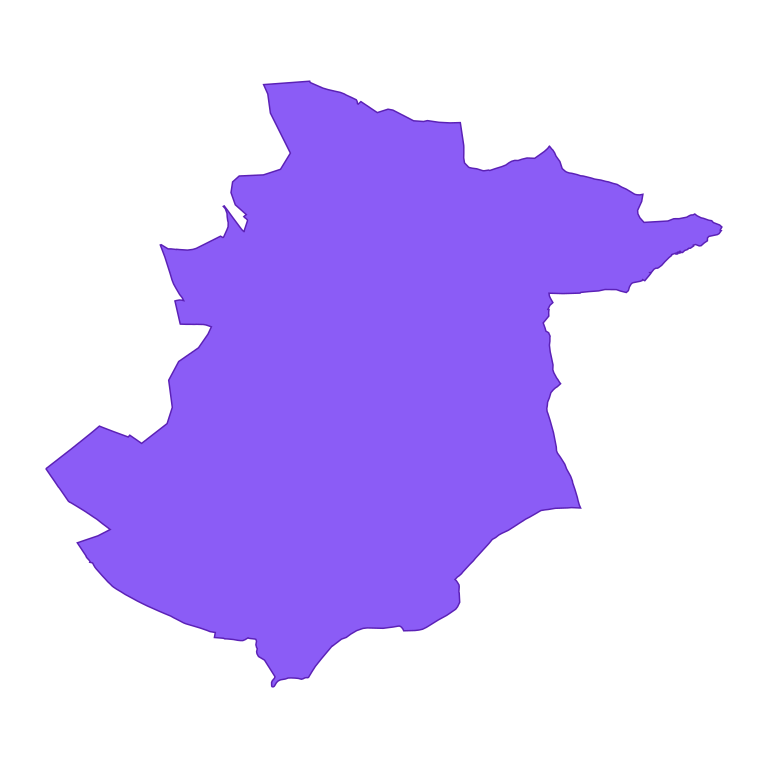 Ciugud, Alba, Romania (Robinson projection)
{"feature_id": "2599482B73619995262158", "entity_name": "Ciugud", "entity_type": "district", "adm_level": 2, "iso_a3": "ROU", "parent_name": "Romania", "parent_adm1": "Alba", "projection": "robinson", "projection_center": [23.641, 46.062], "detail": "fine", "context": "isolated", "style": "filled", "palette": "violet", "viewbox_px": 768, "rotation_deg": 0, "n_neighbors": 0, "source": "geoboundaries", "source_scale": "gbopen_adm2", "svg_char_len": 6059}
<svg xmlns="http://www.w3.org/2000/svg" viewBox="0 0 768 768"><path d="M457.3,582.1L456.3,580.7L455.0,579.5L457.5,576.9L458.9,576.0L461.5,573.7L462.9,571.9L470.0,564.2L473.4,560.8L475.4,558.3L489.1,543.3L492.3,539.4L495.7,537.5L498.8,535.0L501.7,533.4L508.5,530.2L525.7,519.1L529.8,517.0L541.0,510.5L545.3,509.8L548.2,509.5L555.3,508.3L567.8,507.9L571.5,507.6L580.6,508.0L579.3,505.0L578.0,500.4L577.3,497.3L574.9,489.3L572.7,482.9L572.4,481.0L570.6,476.2L566.6,469.0L564.8,464.2L560.5,457.4L557.4,453.0L556.5,450.7L556.3,447.1L553.5,432.7L550.1,420.5L548.0,413.8L547.1,411.5L546.8,408.5L547.3,405.7L547.6,402.2L549.4,397.7L550.9,392.6L553.4,389.7L555.4,387.9L557.3,386.7L560.6,383.7L559.5,382.3L558.0,379.8L556.6,377.9L553.8,372.7L552.8,369.7L553.0,364.9L551.1,355.9L550.2,351.8L549.4,345.1L549.9,341.2L549.9,337.4L550.1,336.2L548.6,332.7L547.9,332.3L545.9,331.1L545.1,328.2L543.2,322.9L548.8,316.1L548.7,312.2L549.0,309.5L547.9,309.4L549.9,305.3L552.9,302.6L550.5,298.4L549.4,296.0L549.0,293.2L563.1,293.6L580.1,293.1L580.8,292.4L588.9,291.6L598.6,290.9L605.0,289.5L616.4,289.6L620.7,291.1L626.3,292.5L628.3,290.7L628.6,289.9L629.4,287.0L631.0,284.2L632.0,283.2L633.1,282.7L637.0,281.9L640.1,281.3L642.1,280.6L642.6,279.6L644.5,280.6L644.8,280.7L649.3,275.3L650.8,273.4L650.0,272.6L651.3,272.5L654.0,269.2L655.8,268.2L657.4,268.2L658.5,267.7L661.8,265.2L664.8,261.8L669.2,257.4L671.6,255.5L671.6,254.6L675.4,253.3L675.9,254.1L677.7,253.9L678.1,253.4L677.1,252.6L677.4,252.3L678.4,252.3L680.0,251.2L680.3,251.5L679.5,252.9L679.7,253.1L681.4,252.3L682.1,252.6L682.9,252.2L684.7,250.5L687.8,249.4L687.9,248.9L688.7,248.3L690.4,248.2L693.6,246.0L693.3,245.2L695.6,244.5L699.2,245.9L701.1,245.7L704.4,242.8L707.4,240.8L707.5,237.9L708.9,236.4L717.4,234.6L719.1,233.6L721.2,230.7L720.3,230.6L720.4,229.6L721.9,227.0L719.7,225.0L713.4,222.6L711.7,220.7L708.7,220.2L703.7,218.4L701.1,217.8L697.1,215.8L694.8,214.0L693.0,214.9L691.0,215.0L689.5,215.6L686.7,217.2L679.0,218.7L675.1,218.7L673.6,218.8L667.9,221.0L644.0,222.4L639.9,217.8L637.9,213.8L637.6,210.4L641.7,201.4L642.9,194.3L639.8,194.9L637.2,194.8L634.8,194.3L626.2,189.1L621.7,187.1L617.1,184.4L613.1,183.4L608.5,181.9L605.8,181.4L601.0,180.1L594.7,179.1L591.2,178.0L583.1,176.0L580.7,175.8L577.1,174.6L571.8,173.3L569.4,173.0L566.6,172.1L565.3,171.3L562.2,168.6L559.9,161.5L556.0,156.1L554.6,152.8L552.8,150.0L551.9,149.2L549.5,146.2L549.0,146.5L548.8,147.1L547.4,148.7L544.3,151.5L534.7,158.3L527.0,158.0L522.0,159.2L518.1,160.5L514.7,160.4L511.6,161.3L508.9,162.8L505.9,165.0L501.9,166.6L495.4,168.6L489.8,170.5L488.6,170.1L483.9,170.8L482.5,170.6L479.7,169.7L476.8,168.8L472.3,168.2L469.9,167.7L468.6,167.2L467.6,166.1L464.5,162.9L463.7,157.9L463.8,153.2L463.8,147.2L463.7,145.2L460.3,122.6L450.0,122.9L438.8,122.3L427.4,120.6L423.6,121.5L413.6,120.8L392.9,110.1L388.0,109.2L377.3,112.6L360.9,101.6L358.2,104.1L357.5,103.7L357.1,101.3L356.3,99.8L352.2,97.8L346.3,95.1L344.2,93.9L340.3,92.4L335.3,91.3L328.0,89.6L322.9,88.1L310.8,82.8L310.0,82.2L309.7,81.2L291.0,82.6L263.6,84.6L267.8,94.0L270.4,113.1L290.4,153.1L280.5,169.3L272.0,172.1L263.4,174.9L239.2,176.0L232.6,181.9L231.0,192.6L235.3,204.8L246.3,214.6L243.8,216.6L244.8,217.7L246.0,218.5L247.3,219.8L247.5,220.7L244.4,230.1L244.3,231.3L244.0,231.6L242.5,230.4L241.1,228.7L232.9,217.7L229.7,213.3L227.5,210.2L224.2,205.9L223.3,206.4L225.3,208.7L227.0,213.4L227.2,216.9L227.7,220.6L228.2,222.5L228.1,226.8L227.0,229.6L223.7,236.9L223.4,237.3L222.9,237.5L221.6,236.8L220.5,236.2L204.6,244.2L196.2,248.4L192.9,249.4L192.2,249.5L187.5,250.1L179.7,249.6L176.6,249.3L176.5,249.5L171.1,248.9L168.1,248.9L161.2,244.7L160.3,245.0L164.9,257.1L170.0,273.1L172.0,279.9L173.6,284.0L175.7,287.8L179.7,294.6L182.2,297.7L183.7,300.6L183.2,300.5L181.9,300.2L181.2,300.1L179.4,300.0L177.2,300.4L176.1,300.6L175.8,300.7L174.9,301.0L175.1,301.6L180.2,323.9L180.3,324.1L185.8,324.3L186.8,324.3L188.3,324.3L189.0,324.3L190.1,324.3L194.8,324.4L196.2,324.3L196.5,324.3L203.6,324.5L206.2,325.0L211.4,326.8L208.0,334.1L198.5,347.8L178.7,361.5L168.7,380.2L171.6,402.1L172.3,407.4L167.1,423.6L141.6,443.4L129.8,435.2L128.2,437.0L113.8,431.7L103.1,427.6L99.4,426.1L94.2,430.5L89.7,434.2L70.5,449.6L70.1,449.9L46.7,468.1L46.3,468.5L46.1,469.0L50.6,475.6L54.7,481.5L58.4,487.0L59.3,488.0L62.7,492.9L68.4,501.2L69.7,502.2L70.3,502.4L71.4,503.0L77.2,506.5L84.2,510.8L93.9,517.3L96.7,519.1L102.5,523.7L110.2,529.5L98.0,535.8L77.3,542.8L86.2,556.2L86.1,556.6L87.0,557.9L89.3,560.4L90.2,561.9L89.9,562.3L91.3,562.6L92.6,563.0L93.7,565.1L94.9,567.2L96.3,569.0L98.8,571.8L102.4,575.9L105.3,579.0L107.8,581.8L110.5,584.3L112.0,585.9L113.5,587.1L116.5,589.1L119.7,591.0L120.9,591.7L125.0,594.3L126.6,595.2L133.3,598.8L137.3,601.0L142.3,603.5L147.2,605.9L152.4,608.2L158.9,611.1L161.0,612.0L164.5,613.5L170.8,616.1L173.6,617.7L176.0,618.9L179.9,620.9L182.1,622.1L183.9,623.0L185.7,623.7L187.0,624.1L193.1,625.9L199.8,627.9L200.7,628.2L207.3,630.5L210.0,631.6L215.3,632.5L214.4,637.5L221.9,638.1L223.7,638.3L224.5,638.8L227.3,638.9L232.4,639.4L233.4,639.5L237.8,640.3L240.7,640.6L242.8,640.6L245.2,639.6L248.1,637.8L248.6,638.2L250.1,638.5L254.8,639.0L255.9,639.4L256.5,641.2L255.9,644.9L256.3,646.3L256.6,647.6L257.3,648.6L256.6,651.7L257.0,653.8L258.5,656.5L264.5,660.1L269.7,668.3L274.9,676.5L274.8,677.4L274.4,678.3L272.4,680.6L271.6,682.3L271.6,684.3L271.7,686.1L272.1,686.7L272.3,686.8L273.4,686.8L274.2,686.3L274.9,685.3L276.3,682.9L277.7,681.3L279.2,680.4L280.7,679.8L285.3,679.0L288.2,678.0L291.0,677.9L295.3,678.1L298.3,678.4L301.4,679.2L303.0,678.8L305.0,677.8L306.7,677.6L307.3,677.7L307.6,677.7L308.5,677.4L312.0,671.6L315.4,666.3L321.2,659.0L332.2,645.9L332.4,646.1L341.5,639.1L346.3,637.4L350.6,634.2L356.7,630.6L363.0,628.4L367.2,627.9L383.1,628.3L393.2,627.0L398.4,626.1L399.8,626.1L401.5,627.2L403.0,629.2L403.7,630.8L415.0,630.5L419.1,630.0L422.6,629.2L426.5,627.3L438.4,619.9L446.8,615.3L447.8,614.6L450.2,613.0L455.7,609.2L457.6,606.7L459.7,602.3L459.2,592.8L458.9,592.1L459.2,586.8L459.0,584.9L457.3,582.1Z" fill="#8b5cf6" stroke="#5b21b6" stroke-width="1.5"/></svg>